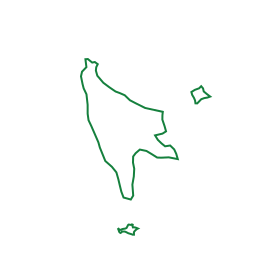 outline of Labuan, Labuan, Malaysia, rotated 314°
{"feature_id": "92858781B93759904190294", "entity_name": "Labuan", "entity_type": "district", "adm_level": 2, "iso_a3": "MYS", "parent_name": "Malaysia", "parent_adm1": "Labuan", "projection": "robinson", "projection_center": [115.205, 5.305], "detail": "fine", "context": "isolated", "style": "outline", "palette": "green", "viewbox_px": 256, "rotation_deg": 314, "n_neighbors": 0, "source": "geoboundaries", "source_scale": "gbopen_adm2", "svg_char_len": 1603}
<svg xmlns="http://www.w3.org/2000/svg" viewBox="0 0 256 256"><g transform="rotate(314 128 128)"><path d="M157.9,146.9L161.1,143.9L163.8,141.8L154.3,126.4L151.1,116.2L149.3,110.1L149.3,102.9L147.4,97.8L145.6,93.7L144.3,86.0L143.4,78.8L144.3,69.6L147.0,65.0L149.7,62.9L152.9,61.9L152.4,58.3L150.2,56.8L149.7,51.2L147.9,49.6L142.9,55.8L136.6,55.8L132.5,58.3L127.9,65.0L125.7,68.6L123.4,74.7L116.6,82.9L110.2,89.1L106.2,94.2L103.9,100.3L100.3,109.0L97.1,116.7L94.4,121.3L88.5,134.6L88.9,143.4L88.0,150.5L84.4,156.7L80.8,162.3L77.6,167.4L74.9,173.1L78.5,179.7L83.0,178.7L90.3,170.5L97.1,165.9L103.0,160.8L106.6,155.6L111.1,151.5L115.2,151.0L120.7,151.5L124.3,157.2L125.7,163.3L127.0,169.5L129.8,172.6L135.2,177.7L140.2,185.4L142.9,180.7L144.7,176.1L144.7,170.5L140.6,167.4L140.2,162.8L140.2,157.7L141.5,152.6L147.9,156.7L152.0,157.7L154.7,153.1L157.9,146.9ZM201.9,149.6L197.9,148.6L196.4,151.2L195.5,154.5L194.4,157.1L192.6,159.4L193.8,160.7L196.4,160.7L199.6,160.7L202.5,162.1L205.1,164.0L207.7,165.3L207.2,161.1L206.9,157.1L208.6,154.5L208.9,151.6L206.0,151.6L201.9,149.6ZM52.6,195.0L51.4,194.2L50.1,193.6L49.1,193.1L48.9,192.1L49.0,191.2L48.5,191.1L48.2,191.9L47.7,192.8L47.2,193.8L47.1,194.6L47.3,195.5L48.4,195.8L49.4,195.6L51.1,197.4L51.6,198.3L52.1,199.9L52.5,201.3L53.8,203.8L54.6,205.6L55.4,206.4L57.2,204.6L58.3,204.4L59.7,204.4L61.4,204.6L62.6,205.0L62.0,203.4L61.4,202.2L60.8,201.4L59.9,200.6L60.5,199.5L61.7,198.6L61.4,197.8L60.7,197.8L60.1,197.1L59.5,196.2L58.9,195.5L57.9,195.5L57.2,195.8L56.5,196.0L55.0,196.4L53.6,195.8L52.6,195.0Z" fill="none" stroke="#15803d" stroke-width="2"/></g></svg>